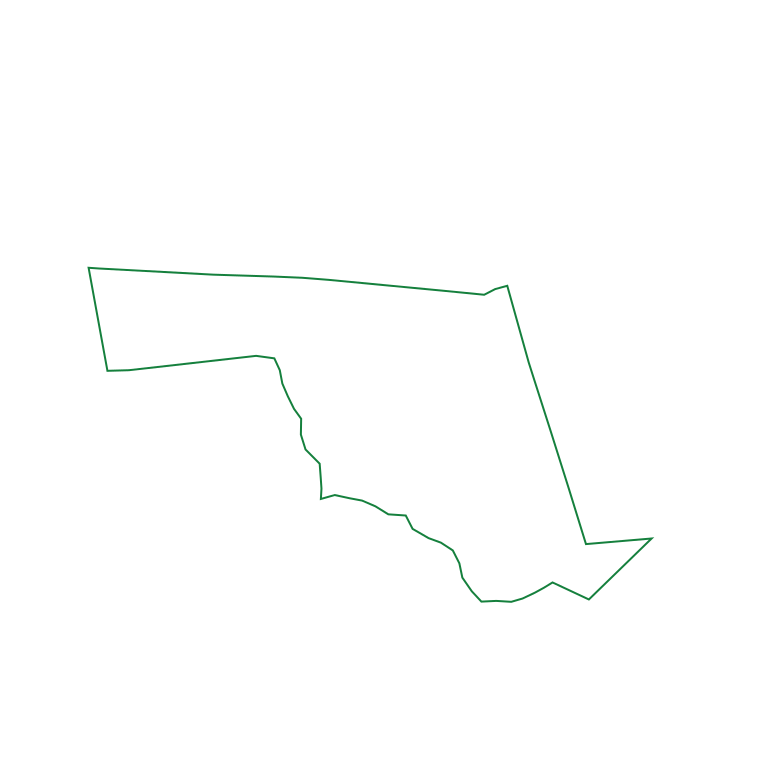 Lagoa da Canoa, Alagoas, Brazil (Mercator projection), rotated 306°
{"feature_id": "56859067B28703074809600", "entity_name": "Lagoa da Canoa", "entity_type": "district", "adm_level": 2, "iso_a3": "BRA", "parent_name": "Brazil", "parent_adm1": "Alagoas", "projection": "mercator", "projection_center": [-36.746, -9.794], "detail": "fine", "context": "isolated", "style": "outline", "palette": "green", "viewbox_px": 768, "rotation_deg": 306, "n_neighbors": 0, "source": "geoboundaries", "source_scale": "gbopen_adm2", "svg_char_len": 811}
<svg xmlns="http://www.w3.org/2000/svg" viewBox="0 0 768 768"><g transform="rotate(306 384 384)"><path d="M304.4,76.7L232.1,152.5L245.2,169.5L331.6,264.0L340.3,280.2L333.9,291.6L324.6,301.5L317.6,313.3L311.0,325.8L307.2,337.4L294.2,346.5L284.9,359.0L281.7,378.8L271.1,387.8L262.6,394.9L253.9,400.5L265.2,409.4L271.3,423.2L276.8,434.8L280.0,449.0L281.1,464.1L290.4,478.9L283.6,492.3L285.5,510.6L289.1,523.3L289.8,537.5L283.2,550.4L273.4,561.2L267.9,576.9L265.2,590.7L274.5,602.3L282.6,615.0L291.9,622.2L304.0,628.8L313.1,633.1L322.5,637.0L325.6,653.0L330.1,676.4L416.3,691.3L373.2,641.5L408.0,595.0L443.8,546.6L475.9,502.8L486.5,488.4L535.9,426.0L526.2,418.2L515.1,412.6L493.5,375.8L435.6,277.8L422.0,255.6L406.3,231.9L372.1,181.6L309.9,85.5L304.4,76.7Z" fill="none" stroke="#15803d" stroke-width="2"/></g></svg>